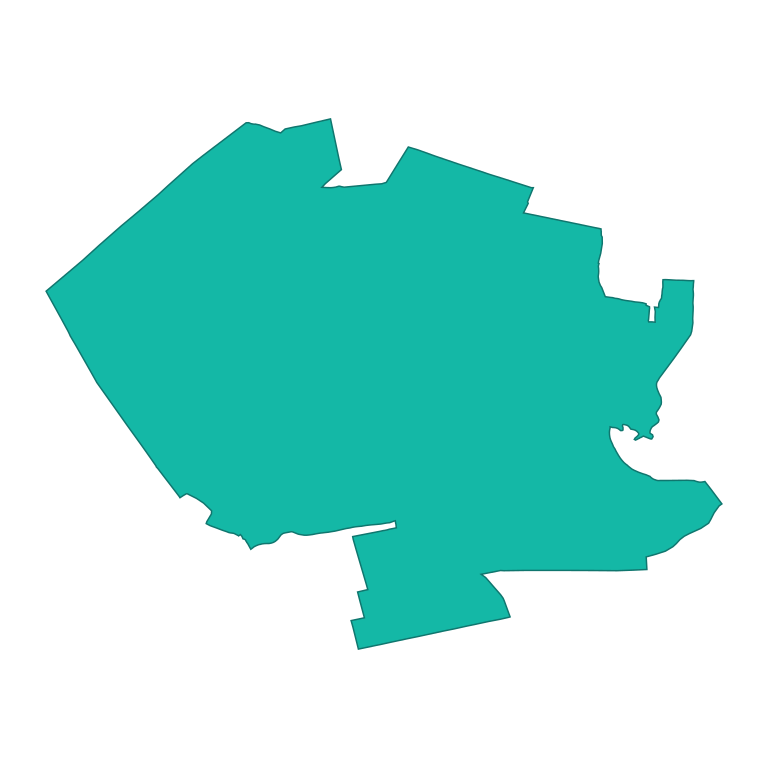 SAG, Timis, Romania
{"feature_id": "2599482B10512528259578", "entity_name": "SAG", "entity_type": "district", "adm_level": 2, "iso_a3": "ROU", "parent_name": "Romania", "parent_adm1": "Timis", "projection": "natural_earth1", "projection_center": [21.184, 45.66], "detail": "fine", "context": "isolated", "style": "filled", "palette": "teal", "viewbox_px": 768, "rotation_deg": 0, "n_neighbors": 0, "source": "geoboundaries", "source_scale": "gbopen_adm2", "svg_char_len": 5651}
<svg xmlns="http://www.w3.org/2000/svg" viewBox="0 0 768 768"><path d="M721.9,503.9L710.9,489.2L704.9,481.5L703.6,481.8L701.6,482.1L699.9,482.2L698.2,481.9L696.0,481.3L694.1,480.6L687.2,480.3L676.4,480.4L667.8,480.5L659.9,480.5L658.7,480.6L656.9,480.4L655.5,479.9L653.5,479.2L651.8,478.1L650.7,477.2L650.0,476.4L648.7,475.9L645.9,474.7L642.9,473.8L638.5,472.2L634.2,470.3L631.8,469.0L629.9,467.5L628.4,466.3L627.3,465.2L626.0,464.3L624.1,462.7L622.2,460.6L620.3,458.2L618.3,455.1L615.9,450.9L615.0,449.0L614.4,448.1L613.5,446.7L612.5,444.2L611.6,442.2L610.7,440.2L610.0,438.0L609.7,436.3L609.5,434.7L609.4,432.6L609.5,431.0L609.7,429.7L610.1,427.9L610.1,426.8L612.6,427.5L613.6,427.5L615.4,427.7L616.5,428.0L618.2,428.7L619.4,429.6L620.6,430.6L622.1,430.6L623.0,430.0L623.0,427.5L622.4,425.9L622.8,424.6L623.5,424.5L624.4,424.6L626.9,425.2L628.1,425.9L628.9,426.6L629.8,427.7L630.8,429.1L632.3,429.4L633.8,429.7L635.2,430.2L636.5,431.0L637.4,431.8L638.7,433.3L638.6,434.6L637.6,435.9L635.9,437.4L635.2,437.9L634.3,439.4L635.6,440.1L636.5,439.6L636.9,439.5L638.3,438.7L639.3,438.3L640.2,437.6L640.8,437.5L643.4,436.1L650.4,438.9L651.7,439.0L653.1,436.7L652.5,434.8L650.9,433.8L649.9,432.9L650.0,431.6L650.3,430.2L651.1,428.4L652.3,426.7L653.8,425.7L657.0,423.3L658.4,422.0L659.0,419.9L657.9,417.0L656.3,414.1L656.4,412.2L658.1,409.8L659.6,407.4L661.2,404.2L661.4,402.1L661.2,399.6L661.0,397.8L661.0,397.5L660.6,396.6L659.0,393.5L657.6,390.1L656.8,387.6L656.5,385.7L656.5,384.2L656.6,383.2L657.1,381.8L658.4,379.8L659.3,378.1L673.9,358.4L681.0,348.5L686.6,340.5L690.6,334.8L691.7,331.3L692.2,327.8L692.9,322.9L692.7,318.7L693.1,310.7L693.2,306.9L692.9,303.1L693.1,299.3L693.4,295.7L693.4,293.5L693.2,291.2L693.0,289.3L693.3,286.6L693.4,284.1L693.7,281.4L693.7,280.6L690.8,280.7L688.0,280.6L683.3,280.3L676.0,280.2L669.4,279.8L665.6,279.6L663.0,279.7L662.8,281.9L662.9,285.1L662.9,287.4L662.5,288.8L662.2,291.2L662.0,294.2L661.7,295.7L661.5,298.3L660.5,299.7L660.1,300.6L659.4,301.8L658.8,303.8L658.7,305.7L658.5,307.5L654.5,307.1L655.3,311.6L655.2,313.3L655.0,317.3L655.1,320.4L655.1,322.2L652.1,321.9L648.7,321.9L648.3,320.8L648.6,319.1L649.0,314.5L649.4,309.5L649.6,308.3L649.5,306.8L646.1,305.3L646.1,303.8L642.7,302.8L639.2,302.3L634.8,301.9L631.8,301.3L625.1,300.4L621.6,299.7L619.0,298.9L617.0,298.5L615.0,298.3L614.0,298.0L612.4,297.6L610.3,297.4L605.3,296.7L601.7,287.5L600.4,285.5L599.0,282.0L598.5,278.8L598.2,276.5L598.6,273.4L598.7,271.3L598.6,268.5L598.3,266.2L599.0,263.5L598.3,263.2L598.7,260.7L600.7,253.4L602.3,243.5L602.2,238.0L602.2,237.1L601.8,236.3L601.3,235.5L601.3,234.7L601.2,232.6L601.3,231.9L601.1,230.7L601.0,228.9L523.5,212.9L527.9,204.0L528.2,203.3L527.5,201.9L533.3,187.7L531.4,187.7L501.8,178.2L489.9,174.5L473.8,169.1L458.3,164.0L435.7,156.3L418.2,150.0L408.3,147.0L397.7,164.0L386.3,182.4L381.7,183.8L375.8,184.2L346.1,187.0L344.3,187.2L343.1,187.0L341.6,186.7L339.7,186.2L339.0,186.2L338.8,186.2L335.8,187.1L333.1,187.5L330.8,187.7L326.7,187.6L321.9,187.3L325.4,183.6L341.4,169.6L339.0,159.0L330.5,118.9L316.7,122.1L301.3,125.8L294.2,127.0L285.1,129.0L280.7,132.9L275.4,131.3L269.7,128.9L263.7,126.7L259.7,125.0L255.3,124.1L254.3,124.2L252.8,124.0L250.9,123.6L248.8,122.7L246.1,122.8L214.4,146.9L203.9,154.9L192.7,163.6L168.3,185.4L158.4,194.5L137.8,212.1L121.4,225.8L99.5,245.0L82.2,260.7L58.9,280.4L46.1,291.2L56.1,309.3L61.7,319.5L68.2,331.5L69.5,334.2L70.2,335.9L75.7,345.2L89.3,369.1L94.6,378.5L96.8,382.5L109.5,400.4L126.9,425.0L141.1,444.7L150.5,458.0L155.9,465.8L156.3,466.9L157.9,468.6L163.7,476.2L169.3,483.5L180.0,497.5L179.4,498.1L183.2,495.6L186.3,493.8L187.3,493.8L196.3,498.3L203.6,503.1L211.6,510.8L211.4,514.0L209.9,516.5L206.8,521.7L206.2,523.6L210.0,525.6L212.1,526.4L216.3,527.9L222.3,530.2L227.0,531.8L228.7,532.5L230.5,532.9L232.1,533.1L233.0,533.2L234.2,533.5L238.1,535.5L238.6,535.9L240.4,534.6L241.9,536.3L242.9,538.6L243.2,539.0L243.9,539.0L244.6,539.4L245.2,539.7L245.6,540.1L245.8,540.7L246.0,541.1L246.6,541.9L246.7,542.3L247.0,542.7L247.7,543.6L250.8,549.3L252.8,547.8L253.9,546.9L254.8,546.4L256.4,545.6L258.9,544.6L260.2,544.4L262.0,543.9L264.4,543.6L266.8,543.5L269.1,543.5L271.2,543.1L273.1,542.5L274.3,541.9L275.3,541.3L277.2,539.7L278.1,538.8L279.4,537.0L280.1,536.1L280.6,535.3L281.3,534.7L282.5,533.8L283.2,533.4L284.5,533.0L286.0,532.7L290.3,531.9L291.0,531.7L292.6,531.9L293.6,532.3L296.6,533.5L298.1,534.1L299.4,534.4L303.7,535.1L304.7,535.2L306.5,535.2L308.9,535.0L312.6,534.5L316.0,533.8L320.1,533.1L322.2,532.9L324.6,532.6L328.3,532.2L331.8,531.6L335.0,531.1L338.1,530.4L341.0,529.7L346.2,528.5L350.0,527.9L352.5,527.3L355.4,526.8L358.2,526.5L361.6,526.2L365.0,525.6L366.3,525.4L370.8,524.9L376.8,524.4L381.0,524.0L384.3,523.4L386.6,523.0L388.3,522.8L389.7,522.7L390.7,522.3L394.9,520.8L395.3,520.7L395.6,523.0L396.0,524.5L396.1,526.0L396.2,526.9L396.4,527.8L392.1,528.7L389.4,529.2L387.1,529.9L384.7,530.4L383.1,530.6L382.3,530.8L379.5,531.4L365.0,534.2L352.7,536.6L353.2,539.3L355.9,548.8L361.0,566.2L366.4,584.6L367.8,589.6L357.6,592.0L360.0,601.3L364.4,617.8L351.1,620.6L353.0,627.4L358.4,649.1L376.0,645.4L379.6,644.7L391.4,642.1L407.4,638.7L417.7,636.6L442.7,631.2L454.1,628.9L466.3,626.2L474.1,624.6L488.5,621.5L500.5,619.2L508.8,617.3L510.1,616.9L504.3,601.0L503.1,598.2L500.6,594.7L494.3,587.5L485.8,577.7L481.2,574.3L500.5,570.5L503.9,570.7L525.3,570.4L561.8,570.4L566.6,570.4L592.2,570.5L617.0,570.7L633.4,570.1L646.9,569.5L646.2,556.9L656.0,554.2L665.5,551.1L672.9,546.7L676.3,543.6L679.9,539.6L684.3,536.2L689.3,533.6L700.8,528.4L708.6,523.2L710.7,519.6L712.4,516.2L714.2,512.7L719.1,505.9L721.9,503.9Z" fill="#14b8a6" stroke="#0f766e" stroke-width="1.5"/></svg>